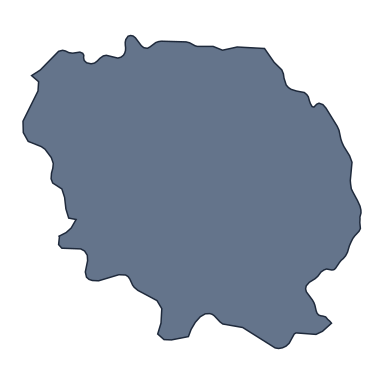 map outline of Creuse (Albers equal-area conic projection)
{"feature_id": "FRA-5284", "entity_name": "Creuse", "entity_type": "Metropolitan department", "adm_level": 1, "iso_a3": "FRA", "parent_name": "France", "parent_adm1": "", "projection": "albers", "projection_center": [2.052, 46.063], "detail": "fine", "context": "isolated", "style": "filled", "palette": "slate", "viewbox_px": 384, "rotation_deg": 0, "n_neighbors": 0, "source": "natural_earth", "source_scale": "10m", "svg_char_len": 2289}
<svg xmlns="http://www.w3.org/2000/svg" viewBox="0 0 384 384"><path d="M171.5,339.9L164.0,339.6L157.7,334.0L161.0,323.1L161.8,308.7L157.0,300.6L137.9,290.4L134.2,287.3L132.6,285.1L129.8,279.0L128.1,276.6L125.6,275.0L118.9,274.7L98.6,280.8L92.3,280.5L89.0,279.4L86.5,277.2L85.3,272.0L87.6,260.7L87.3,255.3L84.6,251.0L80.7,248.9L61.8,248.2L58.6,244.6L59.4,236.9L59.0,236.2L66.1,232.6L71.2,228.0L76.1,219.5L68.7,218.1L65.9,208.9L64.6,197.4L61.9,189.0L52.7,183.0L51.1,178.8L51.5,173.1L52.8,168.3L53.3,163.5L51.3,157.6L45.0,149.2L41.3,146.6L28.2,141.4L23.3,132.6L23.0,121.2L38.0,91.0L38.6,81.7L31.6,75.6L40.3,70.0L58.6,51.3L62.6,50.3L65.5,51.0L68.8,52.6L72.6,53.2L79.9,52.1L82.7,53.3L83.8,55.2L83.6,57.8L84.2,60.5L86.6,62.8L91.1,63.8L94.5,63.1L97.3,61.0L99.9,58.3L103.3,55.9L106.3,55.3L117.9,58.1L121.1,57.1L123.5,55.2L124.8,52.9L125.5,50.4L125.6,47.8L125.3,45.2L125.2,42.3L125.8,39.5L128.1,36.2L130.6,35.5L133.1,36.0L135.4,37.8L141.3,45.7L143.8,47.7L147.4,48.3L150.0,46.9L155.7,42.6L158.5,41.6L161.3,41.2L186.1,41.9L189.6,42.8L195.1,45.8L197.3,46.4L213.1,46.4L222.5,50.2L232.7,48.0L237.1,47.0L264.5,48.5L274.1,62.3L281.8,69.9L283.4,73.8L284.0,78.1L286.2,85.0L288.4,87.5L291.0,89.3L296.4,91.0L304.3,92.5L306.8,94.6L308.3,96.8L309.5,101.1L310.4,103.6L312.1,106.6L313.9,107.1L316.7,104.2L319.0,103.2L322.9,104.6L325.9,108.0L337.2,126.3L339.0,130.3L340.8,138.9L342.0,142.5L343.8,146.4L349.6,155.8L352.0,162.3L350.3,180.5L350.6,184.0L351.3,188.8L352.8,191.9L357.5,200.6L360.0,206.1L360.9,210.0L361.0,213.0L359.9,217.1L360.0,218.9L359.8,222.6L360.4,228.5L359.0,231.3L354.8,235.8L352.8,238.5L351.1,241.9L349.4,245.8L347.5,252.2L345.6,255.8L343.3,258.5L341.2,260.3L339.5,262.4L335.6,268.2L334.4,269.4L333.4,269.8L331.8,270.0L326.5,269.0L323.9,270.0L321.0,272.0L317.8,276.3L315.1,278.7L309.3,282.3L306.2,285.9L305.6,288.9L306.4,291.9L312.4,300.0L313.9,302.6L314.9,305.3L316.1,310.6L317.0,313.1L318.6,315.0L320.8,315.8L322.9,316.1L325.6,316.9L326.1,317.4L327.6,319.3L329.8,321.2L331.5,323.2L322.5,331.3L316.0,334.4L296.1,332.9L294.3,333.9L289.2,343.2L286.1,346.1L282.5,347.8L278.6,348.5L275.1,347.9L242.7,327.5L222.8,324.0L220.0,321.9L214.3,315.8L212.2,314.3L209.9,313.6L205.3,313.8L200.3,316.7L195.3,322.3L191.1,329.4L188.4,336.6L171.5,339.9Z" fill="#64748b" stroke="#1e293b" stroke-width="1.5"/></svg>